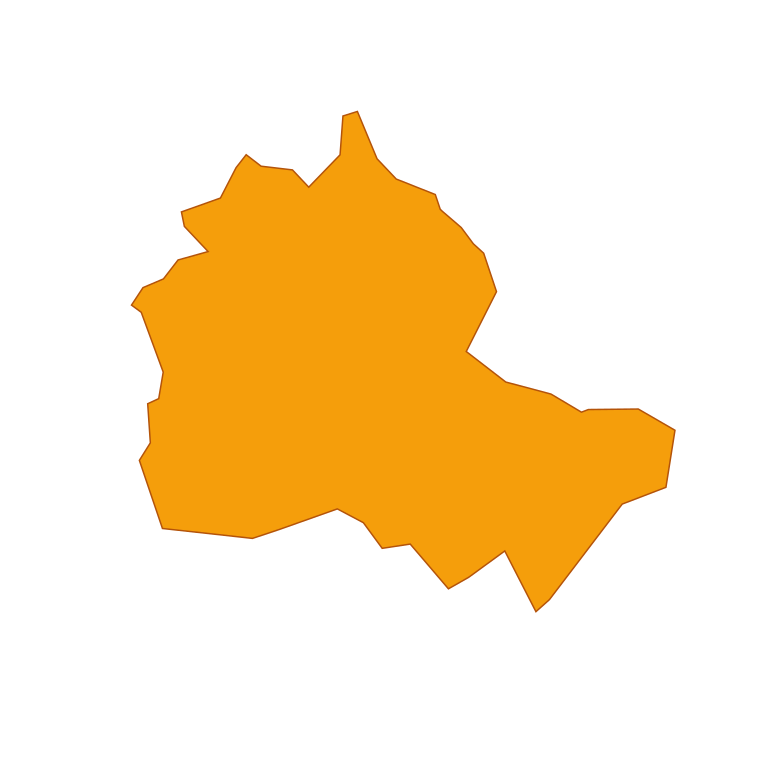 Lee, South Carolina, United States of America, rotated 340°
{"feature_id": "52423323B63410184829220", "entity_name": "Lee", "entity_type": "district", "adm_level": 2, "iso_a3": "USA", "parent_name": "United States of America", "parent_adm1": "South Carolina", "projection": "robinson", "projection_center": [-80.251, 34.159], "detail": "fine", "context": "isolated", "style": "filled", "palette": "amber", "viewbox_px": 768, "rotation_deg": 340, "n_neighbors": 0, "source": "geoboundaries", "source_scale": "gbopen_adm2", "svg_char_len": 807}
<svg xmlns="http://www.w3.org/2000/svg" viewBox="0 0 768 768"><g transform="rotate(340 384 384)"><path d="M332.9,121.4L319.0,130.1L293.9,153.3L252.5,153.0L250.3,167.6L264.0,199.4L232.9,197.0L212.7,209.8L190.5,211.0L173.7,223.5L180.4,233.6L180.6,297.3L167.3,320.7L155.2,321.7L144.3,359.4L128.0,372.1L126.4,444.0L207.6,484.1L236.3,484.9L297.4,485.4L317.2,507.3L326.1,537.8L353.9,543.4L374.5,598.5L397.5,594.6L440.4,582.2L448.9,649.9L465.7,643.2L566.8,578.3L613.6,577.5L641.6,527.0L614.4,494.5L567.3,477.9L559.9,478.0L537.5,450.6L499.1,423.8L472.4,381.6L521.3,335.7L522.4,295.2L515.9,282.8L510.1,263.4L497.9,241.7L496.6,239.0L497.0,223.5L465.6,195.6L454.5,170.0L452.2,118.8L437.1,118.1L421.1,153.6L380.6,173.3L371.2,151.5L343.0,137.3L332.9,121.4Z" fill="#f59e0b" stroke="#b45309" stroke-width="1.5"/></g></svg>